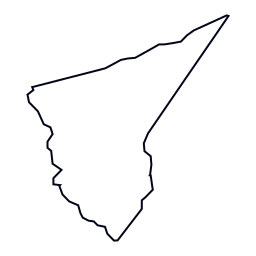 St Phillip, Soufrière, Saint Lucia (orthographic projection)
{"feature_id": "8701671B24452545338403", "entity_name": "St Phillip", "entity_type": "district", "adm_level": 2, "iso_a3": "LCA", "parent_name": "Saint Lucia", "parent_adm1": "Soufrière", "projection": "orthographic", "projection_center": [-61.028, 13.844], "detail": "fine", "context": "isolated", "style": "outline", "palette": "ink", "viewbox_px": 256, "rotation_deg": 0, "n_neighbors": 0, "source": "geoboundaries", "source_scale": "gbopen_adm2", "svg_char_len": 823}
<svg xmlns="http://www.w3.org/2000/svg" viewBox="0 0 256 256"><path d="M228.5,16.0L226.7,15.4L193.8,30.4L187.0,35.3L180.9,41.6L173.4,43.0L164.5,44.4L159.1,44.4L145.5,52.1L135.2,57.8L127.7,58.5L120.9,59.9L105.3,68.3L32.2,87.1L33.4,90.0L27.5,94.6L29.0,102.2L37.9,111.3L43.8,124.3L50.4,127.3L52.6,134.1L47.5,141.7L47.5,147.8L51.2,150.9L52.6,163.8L57.1,166.8L61.5,169.9L61.3,170.1L53.4,178.2L53.4,181.8L53.4,184.3L58.9,185.0L60.0,185.1L59.3,185.8L62.5,194.5L69.2,201.4L78.2,205.3L80.4,213.0L82.7,217.6L88.6,220.7L93.8,221.4L97.6,225.3L105.0,226.8L107.3,233.7L114.0,240.6L117.6,240.4L141.8,208.9L141.8,200.3L145.2,197.5L152.8,189.7L152.1,185.4L150.7,175.4L149.8,175.3L150.1,174.7L151.4,164.7L150.7,156.2L144.5,151.2L143.8,143.3L148.0,133.4L185.1,79.2L214.8,36.0L228.5,16.0Z" fill="none" stroke="#020617" stroke-width="2"/></svg>